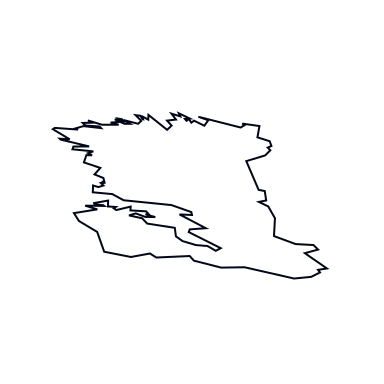 the district of Fræna nor, Møre og Romsdal, Norway, rotated 17°
{"feature_id": "86288312B12375056094040", "entity_name": "Fræna nor", "entity_type": "district", "adm_level": 2, "iso_a3": "NOR", "parent_name": "Norway", "parent_adm1": "Møre og Romsdal", "projection": "equal_earth", "projection_center": [7.135, 62.879], "detail": "medium", "context": "isolated", "style": "outline", "palette": "ink", "viewbox_px": 384, "rotation_deg": 17, "n_neighbors": 0, "source": "geoboundaries", "source_scale": "gbopen_adm2", "svg_char_len": 1921}
<svg xmlns="http://www.w3.org/2000/svg" viewBox="0 0 384 384"><g transform="rotate(17 192 192)"><path d="M254.5,124.8L251.4,120.7L238.6,120.6L237.2,109.2L220.1,111.9L222.7,112.7L219.7,116.1L176.1,118.2L186.6,118.6L184.4,125.0L173.1,123.2L171.1,125.9L167.9,123.2L165.9,125.5L163.9,124.2L168.4,122.4L156.4,120.6L158.7,123.1L149.5,123.1L155.5,127.4L147.3,131.0L153.1,134.5L150.0,139.8L127.8,131.0L129.0,135.6L121.3,134.0L122.9,134.7L124.0,136.7L123.3,136.7L120.3,134.2L115.6,135.0L122.7,138.8L120.5,142.5L105.4,143.2L112.8,144.9L107.5,146.5L102.8,146.0L105.8,144.7L103.8,142.9L100.0,143.4L102.3,144.4L96.9,145.0L102.0,146.2L93.9,149.4L102.2,149.1L86.2,154.0L71.5,154.0L78.2,154.3L67.3,157.9L70.6,159.6L84.4,156.4L86.4,157.5L69.0,160.7L61.6,165.5L64.8,165.6L42.1,170.8L40.6,172.6L59.7,177.4L49.9,179.7L51.1,180.3L80.3,178.5L65.3,183.2L65.2,186.1L85.7,182.0L81.3,185.2L85.7,186.1L80.2,187.7L80.0,195.3L97.3,195.8L93.6,203.7L103.2,204.5L105.3,208.1L102.5,208.6L106.5,208.5L102.3,210.1L105.4,211.7L100.9,214.7L95.5,214.7L97.2,221.3L116.4,217.3L129.0,219.9L176.2,210.5L197.2,211.4L198.7,214.0L186.6,217.1L215.8,222.6L200.8,228.4L200.6,231.3L235.9,237.3L231.9,241.3L222.7,239.1L211.3,241.6L197.3,241.7L189.6,239.1L186.0,231.3L158.4,235.3L152.0,231.7L138.6,232.8L144.5,228.9L154.5,229.5L164.2,226.7L154.0,227.0L157.3,226.0L153.8,223.9L138.5,227.6L137.6,223.9L124.9,231.4L122.0,230.5L123.5,228.6L115.9,230.4L114.3,224.7L101.6,231.2L102.3,232.3L110.8,230.6L112.1,231.0L93.8,236.3L106.5,236.3L85.3,246.7L92.4,252.8L113.0,257.9L125.5,274.8L152.6,272.0L169.8,263.1L177.0,265.1L208.5,253.9L213.9,257.1L241.9,255.8L264.3,248.6L314.9,244.9L330.8,238.3L337.9,231.5L335.3,229.6L343.4,225.7L317.8,217.5L329.4,210.2L323.7,207.2L306.3,211.5L283.3,210.2L279.0,192.8L269.1,183.5L258.9,181.9L265.4,178.4L261.3,169.8L255.1,170.5L234.9,146.6L251.3,135.6L254.7,129.2L251.4,127.4L254.5,124.8Z" fill="none" stroke="#020617" stroke-width="2"/></g></svg>